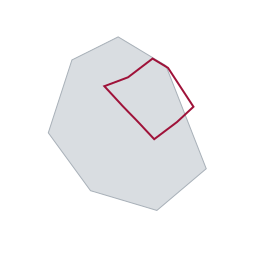 location of Anibare within Nauru, rotated 309°
{"feature_id": "NRU-4981", "entity_name": "Anibare", "entity_type": "state/province", "adm_level": 1, "iso_a3": "NRU", "parent_name": "Nauru", "parent_adm1": "", "projection": "mercator", "projection_center": [166.944, -0.519], "detail": "fine", "context": "in_parent", "style": "outline", "palette": "rose", "viewbox_px": 256, "rotation_deg": 309, "n_neighbors": 0, "source": "natural_earth", "source_scale": "10m", "svg_char_len": 484}
<svg xmlns="http://www.w3.org/2000/svg" viewBox="0 0 256 256"><g transform="rotate(309 128 128)"><path d="M200.3,118.2L145.6,214.4L82.1,202.3L55.7,138.3L74.1,69.1L145.6,41.6L192.6,63.0L200.3,118.2Z" fill="#d9dde1" stroke="#a8b0b8" stroke-width="1"/><path d="M197.4,103.4L199.9,121.3L185.7,165.5L163.4,162.3L135.8,155.4L137.6,142.4L138.7,134.7L139.5,128.4L140.7,118.0L141.7,110.0L143.0,101.1L145.6,83.3L167.4,96.1L197.4,103.4Z" fill="none" stroke="#9f1239" stroke-width="2"/></g></svg>